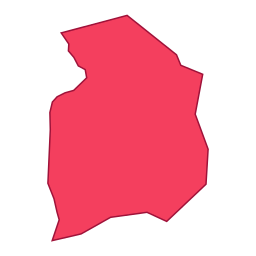 an SVG outline of Skriveru
{"feature_id": "LVA-5731", "entity_name": "Skriveru", "entity_type": "Municipality", "adm_level": 1, "iso_a3": "LVA", "parent_name": "Latvia", "parent_adm1": "", "projection": "orthographic", "projection_center": [25.072, 56.673], "detail": "fine", "context": "isolated", "style": "filled", "palette": "rose", "viewbox_px": 256, "rotation_deg": 0, "n_neighbors": 0, "source": "natural_earth", "source_scale": "10m", "svg_char_len": 458}
<svg xmlns="http://www.w3.org/2000/svg" viewBox="0 0 256 256"><path d="M127.1,15.4L176.5,54.8L180.8,65.3L202.7,74.3L195.2,114.2L208.1,149.2L206.0,184.2L166.7,221.4L147.0,212.3L110.6,217.3L81.1,233.9L52.2,240.6L59.2,219.8L57.0,212.0L54.0,198.7L47.9,183.3L50.3,129.7L49.9,112.5L52.4,102.0L57.2,96.7L65.1,92.8L73.7,90.4L86.7,77.8L85.2,69.6L78.3,65.9L73.9,57.4L68.4,50.9L68.8,44.0L61.2,32.9L127.1,15.4Z" fill="#f43f5e" stroke="#9f1239" stroke-width="1.5"/></svg>